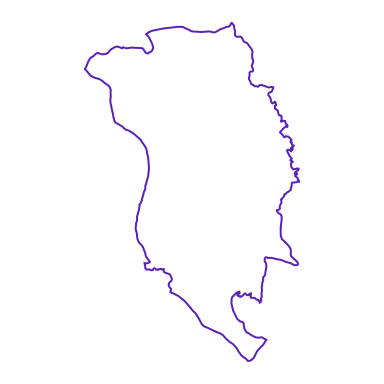 Logo Anseba, Gash Barka, Eritrea
{"feature_id": "51966322B13118315425041", "entity_name": "Logo Anseba", "entity_type": "district", "adm_level": 2, "iso_a3": "ERI", "parent_name": "Eritrea", "parent_adm1": "Gash Barka", "projection": "orthographic", "projection_center": [38.674, 15.401], "detail": "fine", "context": "isolated", "style": "outline", "palette": "violet", "viewbox_px": 384, "rotation_deg": 0, "n_neighbors": 0, "source": "geoboundaries", "source_scale": "gbopen_adm2", "svg_char_len": 5974}
<svg xmlns="http://www.w3.org/2000/svg" viewBox="0 0 384 384"><path d="M225.9,27.1L222.6,28.6L220.8,29.0L215.2,32.3L213.4,32.4L209.4,31.4L201.5,32.0L193.3,31.5L191.0,31.1L189.2,29.9L186.5,28.8L186.1,28.4L185.2,28.3L183.4,27.2L181.1,26.8L177.1,26.9L162.6,28.6L152.0,30.8L148.8,32.2L146.7,33.7L146.1,34.3L148.7,37.0L149.5,38.4L152.1,43.6L153.2,47.5L153.0,48.7L151.9,50.8L151.1,51.5L149.1,52.5L148.1,53.4L146.9,53.4L145.8,52.8L145.0,51.9L143.3,49.0L142.6,48.4L141.6,48.1L131.2,47.6L127.0,48.3L125.3,48.0L123.1,47.3L122.1,48.3L118.7,46.9L117.0,46.6L115.3,46.9L111.6,49.0L110.0,50.3L108.0,52.8L105.7,54.0L102.2,54.4L97.7,53.0L96.4,53.3L93.2,56.3L90.7,57.7L90.1,58.5L88.6,60.9L87.7,62.8L86.8,65.6L85.0,68.9L90.3,75.3L92.5,76.7L94.8,77.8L98.3,78.7L100.5,79.7L102.9,81.3L104.2,82.7L106.6,84.2L108.5,85.6L109.7,87.0L110.8,90.2L110.5,92.9L110.8,96.1L110.3,100.1L110.6,103.3L111.2,105.8L111.7,108.8L112.2,110.5L112.3,111.8L112.5,112.1L112.9,113.8L113.5,117.5L113.9,118.2L114.3,120.6L115.4,122.5L122.8,126.8L124.5,128.8L126.3,129.8L128.9,130.7L133.7,133.6L140.9,140.1L141.9,141.9L144.8,146.0L146.1,148.3L147.0,152.0L147.1,153.6L148.0,156.3L148.8,165.1L148.9,169.4L148.0,177.2L146.5,181.6L146.6,182.4L145.3,185.9L145.4,186.7L145.1,189.3L144.5,190.9L144.0,191.6L143.1,195.5L141.8,199.4L142.0,200.1L140.1,204.1L139.4,204.7L139.6,205.4L139.1,209.3L137.0,216.7L137.1,217.4L136.9,221.0L136.0,223.7L136.1,225.1L135.6,227.3L135.9,230.4L136.3,231.2L136.9,234.2L137.4,238.8L138.6,241.8L139.6,243.3L141.5,245.0L143.0,247.3L145.3,253.3L145.8,256.0L148.0,259.4L149.6,261.2L149.8,261.9L149.6,262.3L147.0,263.3L145.4,263.4L144.6,263.1L144.8,265.1L145.2,266.0L145.3,268.0L145.6,268.7L146.5,269.5L149.4,269.5L151.2,270.2L152.0,270.3L152.7,270.1L153.3,269.0L154.1,268.3L155.2,268.6L156.0,269.6L157.0,269.4L157.8,270.0L158.6,269.4L160.2,268.9L161.0,268.8L161.7,269.4L163.7,269.0L163.9,269.4L163.5,270.4L163.9,271.9L166.2,273.2L167.6,273.4L170.1,274.6L171.9,278.8L171.7,280.1L171.4,280.7L170.1,281.9L169.0,283.3L168.6,284.6L169.3,286.9L171.0,288.9L171.0,289.7L170.3,292.2L173.7,293.6L178.3,296.0L184.1,300.5L188.4,305.3L193.3,311.3L195.3,313.0L199.0,318.8L201.4,323.5L202.5,325.0L204.5,326.6L207.0,327.5L216.7,332.1L220.7,333.6L222.9,335.2L226.1,338.7L229.4,341.8L233.0,344.1L236.4,347.8L238.2,351.0L241.4,355.4L243.1,356.9L246.0,358.8L247.9,361.0L250.6,360.6L253.8,357.8L257.1,351.2L260.9,346.9L263.1,344.9L266.3,339.8L261.7,337.3L258.2,337.7L256.4,337.5L255.4,337.2L251.1,335.0L248.8,333.3L246.7,332.4L246.1,331.7L244.3,328.4L243.5,323.1L242.8,322.2L239.8,321.2L237.6,319.2L236.5,317.5L233.1,310.5L231.5,303.8L231.6,298.8L232.5,296.7L234.1,295.3L236.1,293.1L237.6,292.2L239.3,291.7L239.6,292.3L239.5,293.5L239.1,293.8L237.6,294.0L237.4,295.4L237.9,295.7L238.5,295.8L239.4,296.5L240.0,296.8L240.4,296.3L241.1,296.7L241.5,296.5L243.3,295.1L244.5,293.6L245.1,293.4L245.7,293.7L246.7,295.0L247.9,295.2L248.8,295.0L249.3,294.0L250.9,293.4L250.8,295.3L250.5,296.6L250.9,297.7L253.9,297.9L255.1,298.2L256.4,299.6L258.3,299.9L258.5,300.8L259.8,302.0L259.8,302.6L260.4,302.4L260.7,302.1L260.9,300.4L261.4,300.0L260.8,298.9L260.8,298.3L261.8,296.8L261.8,295.8L261.4,294.2L262.0,290.6L261.7,287.3L262.0,286.2L262.4,282.2L263.2,280.5L263.1,277.4L265.1,275.1L265.6,270.8L266.5,266.7L265.9,263.0L264.7,261.2L264.7,258.3L265.7,257.3L266.8,257.3L268.1,258.0L270.3,257.8L272.4,258.0L276.5,259.2L281.0,259.8L285.7,261.8L290.3,263.1L294.2,265.1L297.0,265.1L298.1,264.1L297.8,262.8L296.7,261.3L291.3,256.4L290.8,254.9L290.8,249.7L290.3,248.1L287.5,244.5L285.0,241.9L282.1,239.4L280.8,235.9L280.7,233.0L280.7,227.8L281.7,218.9L281.5,215.7L280.2,214.0L279.0,213.6L278.0,212.6L276.9,210.9L276.9,210.2L279.0,209.6L279.8,208.9L279.7,206.7L280.5,204.3L281.4,202.7L281.5,201.4L280.9,199.8L281.1,199.4L281.9,199.1L282.3,198.0L283.4,197.1L284.3,195.7L284.3,194.9L284.5,194.4L285.6,194.2L286.7,192.6L288.5,191.7L290.9,189.7L290.8,188.4L291.5,186.5L291.9,182.9L292.6,182.5L294.0,182.5L296.3,182.2L297.6,181.3L298.5,181.9L299.0,181.9L299.0,181.2L297.2,177.7L295.1,175.9L295.4,175.2L296.9,174.4L297.0,173.7L296.3,173.3L295.1,173.7L294.7,173.3L294.9,172.7L295.9,171.7L298.4,170.0L298.7,169.0L298.2,168.5L297.7,168.4L293.5,169.4L293.1,169.3L292.5,168.3L291.6,167.5L291.1,166.1L290.9,163.8L291.1,163.2L292.8,161.8L292.4,161.3L290.5,160.6L290.4,160.2L291.7,158.8L291.6,158.4L289.7,156.3L287.2,151.3L287.3,150.0L287.8,149.7L289.4,150.1L291.1,151.1L291.6,150.4L292.3,150.2L292.7,148.8L292.1,148.4L291.1,148.6L291.0,148.3L291.3,147.8L292.4,147.4L292.7,147.1L292.4,146.5L292.7,146.3L293.0,146.4L293.7,145.9L293.6,145.4L292.2,144.9L291.9,144.5L291.8,142.7L291.0,142.7L290.5,142.2L290.8,140.7L291.5,140.2L291.5,139.8L288.4,136.6L287.6,136.6L285.6,136.3L284.8,137.1L284.2,137.2L282.5,134.8L280.0,132.5L280.4,131.6L281.7,130.5L283.4,128.4L285.2,127.1L285.9,126.3L287.2,126.9L287.5,126.4L287.5,125.7L286.8,124.5L285.8,123.7L285.1,121.1L283.9,120.8L281.5,121.6L281.0,121.4L280.9,120.9L281.7,119.6L281.8,118.8L281.4,117.7L281.6,117.0L281.4,115.8L279.3,115.3L278.8,114.9L277.6,110.4L276.5,109.4L275.3,109.0L274.8,108.1L275.0,105.8L276.1,105.2L276.2,104.8L275.6,103.6L275.3,102.1L275.1,101.9L274.6,101.9L272.8,103.4L271.9,103.0L271.3,101.9L270.7,99.1L270.0,97.2L268.4,95.3L268.3,94.0L268.5,93.5L269.1,92.7L271.7,91.5L272.3,90.1L273.3,88.3L273.3,87.4L272.9,87.1L271.8,87.0L268.7,87.5L261.7,85.0L259.4,85.3L258.4,86.6L257.9,86.7L256.4,86.2L255.2,86.3L254.4,86.1L253.4,85.0L252.5,84.8L251.1,83.8L250.2,81.2L249.1,79.4L248.9,78.4L249.5,76.0L249.6,72.5L250.1,71.8L250.6,71.6L252.4,71.5L252.9,71.0L253.2,70.1L253.1,69.1L251.7,66.2L251.8,65.4L252.8,63.1L253.2,61.2L253.0,60.0L252.1,57.8L252.3,56.3L252.1,55.0L252.5,52.3L252.0,49.8L247.9,44.1L246.8,42.9L244.2,41.8L243.6,41.2L241.7,37.4L240.2,36.6L239.0,36.8L236.9,36.7L236.0,36.3L235.3,35.7L234.9,34.3L235.2,31.9L234.4,29.1L234.1,26.3L233.3,24.6L232.2,23.3L231.7,23.0L231.2,23.2L230.8,23.7L230.6,24.9L229.3,26.3L228.8,26.4L228.4,26.7L227.7,26.6L225.9,27.1Z" fill="none" stroke="#5b21b6" stroke-width="2"/></svg>